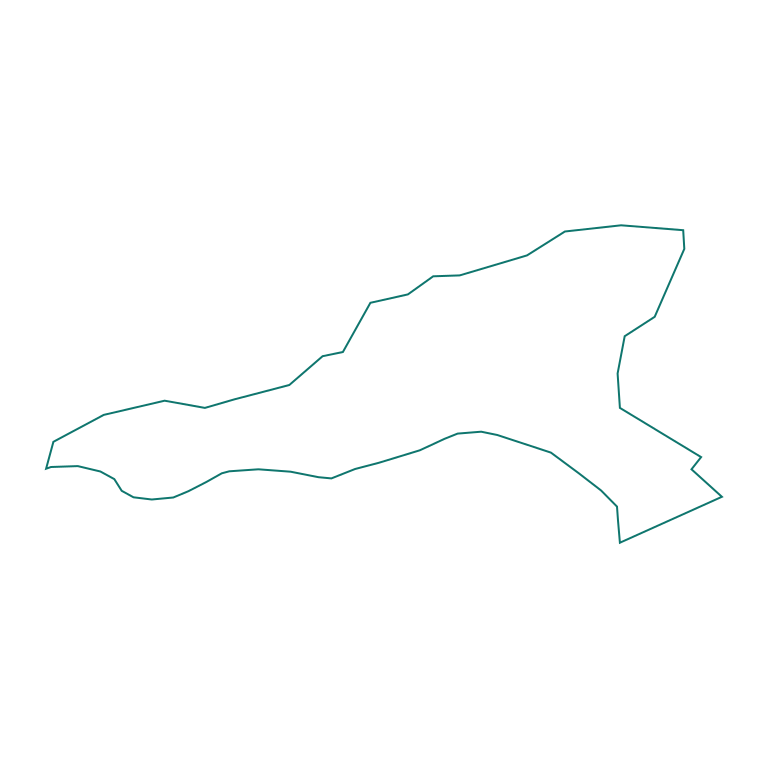 Muzrabad, Surkhandarya, Uzbekistan (Natural Earth projection)
{"feature_id": "79887680B13108405395902", "entity_name": "Muzrabad", "entity_type": "district", "adm_level": 2, "iso_a3": "UZB", "parent_name": "Uzbekistan", "parent_adm1": "Surkhandarya", "projection": "natural_earth1", "projection_center": [66.881, 37.423], "detail": "fine", "context": "isolated", "style": "outline", "palette": "teal", "viewbox_px": 768, "rotation_deg": 0, "n_neighbors": 0, "source": "geoboundaries", "source_scale": "gbopen_adm2", "svg_char_len": 795}
<svg xmlns="http://www.w3.org/2000/svg" viewBox="0 0 768 768"><path d="M701.1,457.1L619.9,407.9L617.6,373.5L624.7,336.2L654.7,316.8L684.3,248.9L683.2,230.2L621.1,225.3L564.9,231.5L527.0,255.4L459.7,275.4L433.2,276.3L407.9,294.4L370.4,302.8L342.9,352.0L322.6,356.2L289.3,385.0L234.6,399.3L204.9,407.9L164.6,400.7L103.7,414.9L53.4,441.8L46.1,468.7L51.0,467.0L77.8,466.1L100.4,471.5L114.3,479.1L121.7,490.8L123.5,491.8L133.5,497.3L151.8,499.5L173.3,497.5L188.4,491.2L206.7,481.8L221.8,473.3L229.3,471.3L258.4,469.3L290.6,471.7L318.5,477.2L331.4,478.4L355.1,469.0L378.8,462.8L419.8,450.3L444.6,438.8L457.6,433.6L481.2,431.7L497.3,435.0L550.9,452.6L578.7,473.2L601.1,490.5L617.0,506.6L618.0,520.5L619.9,542.7L721.9,496.8L691.5,469.3L701.1,457.1Z" fill="none" stroke="#0f766e" stroke-width="2"/></svg>